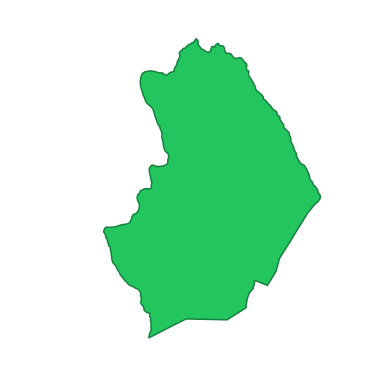 the district of Juazeiro, Bahia, Brazil, rotated 327°
{"feature_id": "56859067B49115831808668", "entity_name": "Juazeiro", "entity_type": "district", "adm_level": 2, "iso_a3": "BRA", "parent_name": "Brazil", "parent_adm1": "Bahia", "projection": "robinson", "projection_center": [-40.259, -9.513], "detail": "fine", "context": "isolated", "style": "filled", "palette": "green", "viewbox_px": 384, "rotation_deg": 327, "n_neighbors": 0, "source": "geoboundaries", "source_scale": "gbopen_adm2", "svg_char_len": 5956}
<svg xmlns="http://www.w3.org/2000/svg" viewBox="0 0 384 384"><g transform="rotate(327 192 192)"><path d="M223.2,67.8L222.0,67.3L219.5,66.1L217.6,65.6L215.7,65.5L214.7,65.8L213.6,66.4L211.7,67.9L209.6,70.1L209.1,70.7L208.1,72.1L207.5,73.2L206.6,75.1L206.1,76.6L205.1,80.2L204.2,82.9L203.6,85.9L202.6,91.0L202.4,92.4L202.6,93.7L203.5,96.1L204.0,97.7L204.4,100.6L204.3,101.7L203.4,104.5L202.0,109.4L201.5,112.3L200.8,114.3L200.6,115.4L200.4,117.5L200.4,119.9L199.7,121.9L199.7,123.0L199.1,125.3L198.6,126.5L197.5,128.4L196.4,129.7L194.7,134.8L193.2,137.8L192.2,140.7L192.0,141.9L191.9,142.9L192.1,144.8L192.6,146.2L192.8,147.2L192.5,148.1L191.5,149.7L189.1,152.2L188.0,153.7L187.3,154.5L186.4,154.8L185.5,155.1L183.6,154.9L178.8,153.1L176.2,151.2L175.5,150.6L174.1,148.4L173.3,147.8L172.3,147.6L171.3,147.9L169.2,148.9L168.5,149.6L168.0,150.4L167.2,152.1L165.2,157.3L164.4,158.9L164.0,159.9L163.8,161.5L163.1,162.6L162.3,163.3L161.0,164.8L160.6,165.8L160.3,166.5L159.5,166.7L158.6,166.5L157.8,166.1L156.8,165.3L156.3,164.6L155.5,164.2L153.3,163.3L152.0,163.3L151.1,163.2L149.8,162.8L149.1,163.0L148.0,163.8L147.3,164.2L146.6,164.5L145.4,164.6L144.7,165.0L143.2,166.5L142.4,167.7L141.8,169.8L141.5,172.3L141.1,173.6L140.7,174.3L140.2,175.2L139.7,175.9L138.9,176.8L136.6,178.5L134.8,179.2L134.1,179.4L132.4,179.4L131.2,178.9L129.6,179.3L128.5,179.8L126.1,182.0L124.2,183.1L122.9,183.6L121.4,183.6L119.5,183.2L117.4,182.2L116.2,181.5L115.4,181.1L113.0,180.6L108.5,179.4L103.6,176.7L101.9,175.5L100.4,174.5L99.6,175.0L98.6,175.0L97.9,176.0L96.9,176.4L96.3,177.3L96.1,178.3L96.0,179.3L96.0,180.5L96.1,181.5L95.6,182.3L94.9,183.1L95.1,184.1L95.1,185.2L94.7,186.1L94.5,187.0L94.0,188.0L93.7,189.0L93.7,190.3L93.2,190.9L92.8,191.7L93.4,193.4L93.1,194.5L92.6,195.1L91.9,196.5L91.7,197.5L91.3,198.8L90.7,199.7L89.6,201.7L89.3,202.9L88.7,203.9L88.1,204.8L87.9,205.9L87.1,207.8L87.4,209.0L87.4,209.9L87.6,210.7L87.9,211.9L87.8,213.3L87.4,214.6L87.3,216.1L87.2,218.2L87.4,219.1L86.9,221.7L86.9,222.6L87.1,223.7L86.9,225.0L87.3,226.6L87.3,229.1L87.7,230.3L88.2,233.2L88.3,234.4L88.7,235.5L89.1,236.3L89.4,237.2L89.9,237.9L91.2,239.4L91.5,240.6L92.0,241.3L92.2,242.0L93.5,243.4L93.9,244.7L94.0,246.0L94.1,247.5L93.9,248.5L93.6,249.3L92.7,250.1L92.5,251.2L91.4,253.8L90.8,254.7L90.2,255.5L89.2,256.1L88.6,257.1L88.4,258.2L88.5,259.1L88.9,260.3L88.6,261.7L88.5,262.9L87.5,265.1L87.9,266.8L88.5,268.7L89.4,269.5L90.1,269.9L90.5,270.6L90.1,271.4L89.7,272.0L89.2,272.6L88.8,273.4L88.7,274.5L88.4,275.6L87.8,276.0L87.3,277.0L86.6,278.6L86.3,279.5L85.9,280.6L85.3,281.3L83.9,283.2L83.0,284.9L82.5,285.4L81.8,286.4L80.7,287.0L79.7,287.3L78.9,287.9L78.1,289.0L77.0,289.9L76.6,290.8L83.6,291.6L102.8,293.5L118.0,295.3L151.8,318.3L174.2,318.5L174.9,317.8L175.5,316.6L177.5,314.6L177.9,313.9L178.4,313.4L178.9,312.8L179.7,312.4L181.1,310.8L181.9,310.1L182.6,309.8L183.2,309.2L184.8,308.2L185.5,307.7L187.4,307.2L188.2,306.9L189.2,306.7L190.2,306.7L191.0,305.9L191.5,304.8L192.4,304.3L193.5,304.0L194.4,302.4L195.2,301.7L195.3,300.8L197.0,301.0L204.3,311.3L210.1,308.7L219.0,304.4L229.5,295.2L247.2,287.1L260.0,280.9L278.1,272.4L284.8,270.4L285.7,269.9L286.5,269.6L287.7,269.5L288.5,269.4L290.0,268.8L291.7,268.9L292.8,268.7L293.9,268.0L294.9,267.8L295.8,267.2L297.2,266.0L297.5,264.7L297.7,263.8L297.6,262.6L297.5,261.5L297.8,260.3L298.2,259.5L298.4,258.7L298.6,257.8L298.3,255.6L298.5,254.6L297.8,253.6L297.6,252.6L297.9,251.6L298.0,250.2L298.3,248.8L298.0,247.3L297.9,245.8L298.2,244.8L298.7,243.8L299.2,242.5L299.7,241.3L299.7,240.0L300.2,237.5L300.5,235.9L300.6,234.5L300.6,233.1L300.6,231.5L300.5,230.4L299.9,229.7L299.4,228.7L299.0,227.8L298.8,226.9L298.6,225.8L298.7,223.9L298.8,222.7L299.0,220.0L299.2,218.6L300.0,217.6L300.3,216.9L300.5,216.1L300.6,215.0L300.5,213.9L300.5,213.0L300.9,211.9L301.3,210.9L301.6,209.8L302.1,207.6L302.2,206.5L302.2,205.5L302.3,204.2L302.5,203.4L302.9,202.2L303.7,201.5L304.1,200.7L304.4,199.7L304.6,198.6L304.6,197.6L305.1,196.6L305.7,195.8L305.6,194.9L305.5,193.9L305.2,192.8L304.8,190.6L304.4,189.3L304.1,188.1L304.7,187.1L305.2,186.2L305.5,184.4L305.3,183.3L305.3,181.0L305.2,179.6L305.4,178.7L306.5,177.2L306.4,176.1L306.2,175.3L305.6,174.3L305.7,173.2L306.1,172.5L306.4,171.5L306.5,170.2L305.6,168.5L305.3,167.4L304.8,166.4L304.9,165.4L304.9,163.9L304.7,162.3L304.4,160.7L303.8,157.9L303.8,156.6L303.5,155.2L303.1,154.4L302.7,153.4L303.2,151.9L303.6,150.6L303.5,149.5L303.4,148.3L302.9,147.0L302.7,145.8L302.2,144.3L301.7,143.2L301.4,142.2L301.4,141.0L301.6,140.1L302.1,139.1L302.3,138.2L302.5,137.2L302.2,136.1L302.7,134.9L303.0,133.6L302.9,132.3L302.8,131.2L303.1,129.4L303.1,128.1L303.1,127.1L303.0,125.9L303.1,124.6L303.9,123.5L304.5,122.9L305.0,122.2L305.3,120.9L304.8,120.4L304.4,119.7L304.7,118.6L305.2,117.5L306.1,116.7L306.9,115.7L307.3,114.8L307.4,113.9L307.2,112.7L306.8,111.6L306.8,110.5L306.7,108.8L306.4,107.0L306.0,106.2L305.5,105.6L304.2,104.9L302.7,104.5L301.7,103.9L300.8,103.0L300.2,102.2L300.0,101.3L299.9,99.8L299.9,97.9L299.6,97.0L299.0,96.1L297.0,95.0L296.4,94.1L296.1,93.0L296.5,91.6L296.6,90.7L297.4,89.3L297.6,88.5L297.5,86.4L296.9,85.8L296.2,85.3L295.5,84.9L295.0,84.2L294.9,83.1L295.1,81.9L293.9,81.4L293.0,81.3L292.1,81.6L291.0,82.0L289.6,82.8L289.0,81.7L288.4,81.0L287.7,81.1L286.8,81.6L286.0,82.2L285.3,82.9L284.4,83.6L283.6,84.1L282.9,83.8L281.8,83.8L281.0,83.2L280.5,82.4L280.2,81.3L279.7,80.6L279.3,79.2L278.6,78.4L278.1,77.6L277.8,76.9L277.8,76.0L277.8,74.6L277.4,73.5L277.3,72.5L277.5,71.3L278.2,70.6L278.8,69.6L279.3,68.8L279.3,67.4L278.8,65.7L276.2,66.9L274.5,67.3L272.8,67.0L268.0,66.7L264.8,67.6L263.4,67.0L262.5,67.0L261.5,67.4L257.8,67.9L256.9,68.7L256.3,70.6L255.9,71.3L255.0,72.1L253.1,73.3L251.1,74.4L249.6,75.8L248.9,76.6L247.7,77.4L246.8,77.6L244.7,78.7L243.6,80.1L242.6,80.8L240.9,80.6L239.9,80.2L238.7,79.9L235.0,80.2L234.2,80.1L233.6,79.7L233.1,78.9L232.2,76.3L231.5,75.5L229.9,74.7L229.1,74.0L226.1,70.3L224.9,69.4L223.2,67.8Z" fill="#22c55e" stroke="#15803d" stroke-width="1.5"/></g></svg>